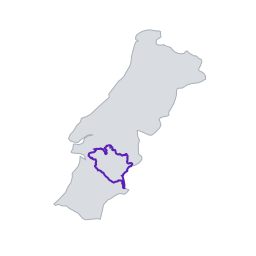 Évora highlighted on a map of Portugal, rotated 25°
{"feature_id": "PRT-744", "entity_name": "Évora", "entity_type": "District", "adm_level": 1, "iso_a3": "PRT", "parent_name": "Portugal", "parent_adm1": "", "projection": "mercator", "projection_center": [-7.866, 38.601], "detail": "fine", "context": "in_parent", "style": "outline", "palette": "violet", "viewbox_px": 256, "rotation_deg": 25, "n_neighbors": 0, "source": "natural_earth", "source_scale": "10m", "svg_char_len": 6027}
<svg xmlns="http://www.w3.org/2000/svg" viewBox="0 0 256 256"><g transform="rotate(25 128 128)"><path d="M99.7,34.9L102.6,32.1L105.4,30.3L107.0,29.6L113.5,27.8L115.2,26.8L116.9,27.0L117.1,27.9L118.1,29.6L119.1,30.8L119.4,31.7L116.9,35.4L116.5,36.7L117.8,39.1L118.1,39.8L118.7,40.1L120.5,40.0L123.6,38.5L125.7,37.2L126.5,37.7L132.6,37.0L134.1,37.6L135.1,38.3L138.1,39.2L141.4,39.3L145.5,38.0L147.3,36.7L147.7,35.3L147.8,34.3L148.3,33.6L149.2,33.2L150.7,33.9L152.8,34.5L157.8,34.7L158.8,33.9L160.5,34.2L162.7,35.1L165.3,34.8L166.6,36.0L167.1,37.6L167.3,41.0L167.1,44.5L167.6,45.8L169.3,46.1L172.2,46.1L174.7,47.0L176.7,48.7L177.3,50.4L177.6,51.5L176.6,52.2L175.3,54.6L171.8,57.9L166.9,60.8L163.1,64.4L160.5,68.7L157.2,70.5L156.3,71.5L155.9,72.6L158.0,77.9L158.7,81.9L159.2,86.9L158.9,88.3L158.7,93.7L158.2,95.3L158.3,96.6L159.1,98.0L159.5,99.3L158.0,101.0L155.3,102.9L153.2,104.7L152.7,106.3L152.8,107.3L156.2,110.7L156.8,112.1L156.4,115.4L154.4,120.9L152.6,124.3L152.3,124.6L150.1,125.5L139.9,125.6L137.4,126.3L137.8,127.0L140.2,131.3L142.7,133.5L143.5,134.1L144.4,139.0L148.5,147.0L152.4,148.1L153.8,150.1L153.5,152.9L152.3,155.9L149.9,159.0L147.0,161.2L145.1,163.4L145.0,166.0L144.4,169.2L143.5,171.7L143.3,173.4L150.5,184.1L154.5,183.6L155.0,183.8L154.3,186.4L153.0,189.4L151.5,189.9L148.1,190.8L144.8,194.7L142.2,199.3L140.2,201.5L138.4,207.0L138.6,209.4L139.5,213.0L141.4,222.5L138.7,223.0L128.4,229.1L125.2,229.2L119.2,226.4L108.6,225.6L105.2,224.7L100.9,226.5L97.6,226.5L94.9,228.8L93.0,228.1L95.2,223.0L98.6,212.9L98.5,206.7L99.3,201.4L98.3,196.0L96.6,192.7L99.0,184.0L98.7,179.5L96.6,173.8L103.0,174.7L101.0,172.4L99.1,171.1L97.2,171.4L95.6,171.3L90.0,173.5L87.3,174.2L86.5,173.8L86.8,170.2L85.4,165.7L87.6,164.5L90.1,164.1L92.3,162.2L93.7,160.0L92.9,156.1L94.8,152.4L99.3,149.2L97.0,149.7L94.4,151.7L90.2,158.7L88.8,162.3L85.3,163.5L82.1,164.1L80.5,163.7L78.6,162.8L78.4,160.1L78.5,158.0L79.9,153.8L80.4,147.9L82.3,142.6L82.1,141.2L81.6,139.0L83.3,137.0L85.3,135.6L88.5,131.0L92.8,120.0L97.9,108.3L97.5,106.9L96.4,105.8L96.8,102.6L99.9,88.8L101.1,87.0L102.5,82.9L102.9,76.4L103.4,71.8L103.3,69.5L102.8,66.8L100.9,61.5L98.9,50.4L98.7,46.6L100.4,44.8L97.6,44.5L96.4,42.1L96.7,39.3L99.7,34.9Z" fill="#d9dde1" stroke="#a8b0b8" stroke-width="1"/><path d="M146.8,161.4L145.5,162.5L145.4,162.7L145.2,163.2L145.1,163.5L144.9,164.8L144.8,165.7L144.8,166.1L144.9,166.4L145.0,166.6L145.2,166.8L145.4,166.9L145.5,167.2L145.3,167.7L144.0,169.6L143.5,171.5L143.2,172.0L143.5,172.5L143.5,172.9L143.2,173.4L142.8,173.8L143.2,174.0L144.1,174.7L147.3,178.8L147.4,179.1L147.6,179.6L147.7,179.8L147.9,180.0L148.5,180.4L148.6,180.6L149.8,183.7L150.1,184.0L149.8,184.2L149.5,184.3L149.1,184.3L148.7,184.0L148.4,183.7L148.2,183.2L148.1,182.9L147.7,182.1L147.7,181.8L147.6,181.6L147.4,181.4L146.6,181.0L146.0,180.4L145.9,180.1L145.8,179.9L145.8,179.6L145.6,179.3L145.5,179.1L145.4,178.9L145.3,178.6L145.2,178.5L145.2,178.3L144.9,178.3L144.7,178.3L143.9,178.6L143.7,178.6L142.5,179.2L141.5,179.5L141.5,179.8L141.5,180.0L141.3,180.4L141.1,180.7L140.8,181.0L140.7,181.2L140.2,181.4L140.1,181.5L139.3,182.0L138.8,182.5L138.4,183.2L138.3,183.4L138.0,183.5L136.6,183.5L135.9,183.3L135.4,183.1L133.4,183.1L132.9,182.9L131.0,181.9L130.2,181.6L128.7,181.4L126.1,180.2L125.4,179.4L124.5,179.1L124.3,179.0L123.9,178.9L123.2,179.3L122.7,179.2L122.4,179.0L122.0,178.6L121.9,178.5L121.4,178.4L120.8,178.5L118.5,178.5L118.4,178.8L117.3,177.9L116.7,177.7L116.4,177.7L116.1,177.7L115.9,177.6L115.2,177.2L114.8,176.9L114.2,176.6L114.0,176.2L114.5,175.4L114.6,174.7L114.4,174.4L114.2,174.2L113.8,174.0L113.6,173.8L113.6,173.6L113.7,173.4L113.7,173.2L113.3,172.1L113.3,171.9L113.3,171.7L113.1,171.5L112.7,171.1L112.1,170.4L111.9,170.2L111.3,170.4L110.6,170.8L110.2,171.0L109.3,171.0L108.9,170.9L108.7,170.7L108.4,170.3L108.2,170.1L107.9,170.1L107.8,170.3L107.9,170.7L107.8,170.9L107.6,171.0L106.9,170.8L106.0,170.6L104.8,169.9L104.0,169.8L103.8,168.9L103.7,168.6L103.5,168.3L103.5,167.9L103.5,167.6L104.6,166.2L107.2,164.4L107.7,163.8L107.9,163.5L108.0,163.0L107.9,162.7L108.3,162.1L108.2,161.7L106.7,161.4L108.2,160.1L109.5,159.9L109.8,159.7L110.5,159.0L110.8,158.9L111.1,159.0L111.4,158.9L111.5,158.8L111.7,158.7L111.8,158.5L111.9,158.2L112.0,158.0L112.7,158.2L113.1,158.3L113.4,158.1L113.7,158.1L113.9,158.2L114.1,158.1L114.1,157.9L114.2,157.7L114.4,157.7L114.7,157.9L115.5,158.7L115.7,158.9L116.7,159.1L117.0,159.2L117.2,159.4L117.3,159.7L117.4,159.9L117.5,160.1L117.8,160.0L118.1,160.6L118.2,160.8L118.7,161.1L119.3,160.6L119.4,160.0L119.4,159.7L119.2,159.5L118.9,159.4L118.7,159.3L118.2,158.8L118.0,158.5L118.0,158.2L118.2,157.5L118.0,157.2L117.9,157.1L117.5,157.0L116.0,156.3L115.7,156.2L115.4,155.6L115.5,155.4L115.7,155.2L115.9,154.9L116.0,154.6L116.1,154.2L116.1,153.6L116.2,153.2L116.3,153.0L116.5,152.9L116.9,152.9L117.1,152.7L117.3,152.3L118.0,151.7L118.5,151.5L118.7,151.4L118.9,151.3L119.7,151.2L120.2,151.4L120.2,151.6L120.1,151.9L120.0,152.4L120.1,152.9L120.3,153.2L120.5,153.1L120.6,152.9L120.6,152.6L120.7,152.4L121.1,152.1L121.6,152.1L121.8,152.1L122.0,152.2L122.0,152.3L122.7,153.0L122.8,153.3L122.8,153.9L122.8,154.3L123.6,154.5L123.9,154.5L124.1,154.3L124.3,154.1L124.5,153.9L125.0,153.6L125.7,153.5L126.0,153.7L127.4,155.6L128.2,156.2L128.6,156.2L128.9,156.2L129.1,156.2L129.8,156.2L130.8,155.9L131.1,155.6L131.5,155.0L131.8,155.0L132.3,155.3L132.5,155.3L132.8,155.2L133.1,155.2L133.4,155.2L134.1,155.5L134.3,155.4L134.5,155.4L134.6,155.2L134.8,155.0L135.0,154.7L135.4,154.3L135.8,154.1L136.5,154.0L136.9,153.8L137.2,153.6L137.3,153.4L137.3,153.1L137.2,152.9L137.0,152.6L137.4,152.3L137.6,152.3L137.8,152.6L139.1,153.2L139.5,153.6L139.7,154.0L139.8,154.7L139.9,154.9L139.9,155.3L140.6,155.9L140.8,156.7L140.9,157.2L141.3,157.9L141.1,158.5L141.4,158.8L141.8,159.5L142.0,159.8L142.5,160.0L143.0,160.0L143.6,159.9L144.2,159.3L144.9,158.7L145.8,158.4L146.3,158.4L146.7,158.6L147.1,158.8L147.2,159.1L147.2,159.6L147.1,159.9L146.7,160.6L146.6,160.8L146.6,161.1L146.8,161.4L146.8,161.4Z" fill="none" stroke="#5b21b6" stroke-width="2"/></g></svg>